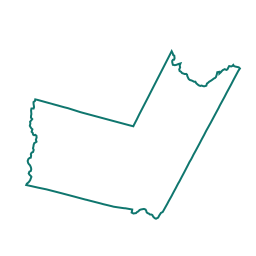 the district of São José dos Quatro Marcos, Mato Grosso, Brazil, rotated 11°
{"feature_id": "56859067B37097100035842", "entity_name": "São José dos Quatro Marcos", "entity_type": "district", "adm_level": 2, "iso_a3": "BRA", "parent_name": "Brazil", "parent_adm1": "Mato Grosso", "projection": "equal_earth", "projection_center": [-58.29, -15.532], "detail": "fine", "context": "isolated", "style": "outline", "palette": "teal", "viewbox_px": 256, "rotation_deg": 11, "n_neighbors": 0, "source": "geoboundaries", "source_scale": "gbopen_adm2", "svg_char_len": 2687}
<svg xmlns="http://www.w3.org/2000/svg" viewBox="0 0 256 256"><g transform="rotate(11 128 128)"><path d="M65.2,120.0L61.2,119.8L34.3,117.7L31.5,117.6L31.5,119.2L30.3,120.6L30.7,122.4L31.3,124.0L31.8,125.5L31.6,126.9L30.6,127.0L29.5,127.3L29.5,129.2L29.9,130.7L30.5,132.8L30.5,134.7L30.8,136.4L32.3,137.5L31.6,138.9L30.7,140.5L31.3,142.3L31.2,144.6L32.4,146.0L33.2,146.8L34.4,147.5L34.1,150.1L35.4,151.0L36.1,152.6L37.2,153.0L38.3,152.4L39.6,153.1L40.1,154.8L39.8,157.2L40.8,158.9L39.9,159.9L38.9,160.7L38.6,162.5L38.7,164.2L38.6,166.0L39.6,167.5L39.4,169.6L38.1,170.6L37.6,172.2L38.2,173.7L38.2,175.7L37.1,176.2L36.1,177.5L35.8,179.5L36.6,181.3L37.5,182.3L38.9,183.3L39.9,184.7L40.5,185.8L40.9,187.0L40.8,188.7L39.5,189.7L39.2,191.6L40.5,192.9L41.6,193.5L42.5,194.4L42.2,196.1L41.9,197.9L41.1,199.7L40.2,201.0L39.3,202.0L39.0,203.4L44.4,203.5L51.0,203.7L59.7,203.8L74.9,204.7L88.6,205.6L99.9,206.4L101.1,206.4L102.3,206.5L116.0,207.3L118.4,207.5L123.5,207.7L125.4,207.8L127.7,207.9L128.8,208.0L133.4,207.8L139.4,207.5L140.9,207.3L147.7,207.2L147.8,208.7L147.7,210.3L149.6,210.9L152.1,210.0L152.9,208.8L154.0,207.9L155.0,206.3L156.3,205.5L159.1,204.4L160.8,204.7L161.7,205.8L162.4,207.2L163.4,207.8L164.7,208.0L166.0,208.7L167.6,208.5L168.5,208.8L169.6,210.2L171.4,211.4L172.8,211.7L174.7,210.2L175.3,208.1L176.5,205.1L178.1,203.8L181.1,194.7L181.8,192.3L182.4,190.5L183.8,186.3L184.4,184.2L185.1,181.9L186.4,177.8L187.0,175.7L187.9,172.7L188.6,170.8L190.2,165.4L191.5,161.2L194.0,152.7L194.8,149.8L196.0,146.5L196.8,143.8L197.3,141.9L198.7,137.6L201.1,129.9L202.6,124.8L203.1,123.2L204.0,120.4L204.7,117.9L205.4,115.5L206.6,111.9L207.6,108.8L208.1,107.3L210.9,98.2L213.2,90.8L213.8,88.5L216.8,79.1L218.1,74.6L220.9,65.7L222.5,60.2L225.4,50.8L226.5,48.2L225.1,47.3L221.7,47.2L220.2,47.0L219.3,46.0L218.5,47.3L217.5,47.9L215.5,47.9L214.9,49.7L214.4,51.5L213.5,52.2L211.7,51.8L210.1,53.0L209.4,53.9L208.6,55.4L207.3,57.2L206.9,55.4L205.0,56.2L205.0,57.6L204.9,59.0L204.6,61.2L203.9,62.3L202.9,63.0L201.4,64.7L200.1,66.0L198.8,67.1L197.9,68.4L197.0,69.3L196.8,71.5L195.2,72.4L194.1,72.6L192.1,72.3L191.0,72.9L189.2,72.6L186.5,71.1L185.3,69.7L184.1,70.0L182.5,69.5L181.3,69.2L179.7,69.1L178.3,68.4L177.5,67.4L176.3,65.7L175.8,64.4L174.8,63.8L173.5,64.2L172.1,64.0L170.6,63.8L169.3,62.7L167.8,62.2L167.1,60.7L167.6,58.5L166.8,56.8L167.2,54.6L165.4,55.5L163.4,56.8L162.0,57.4L160.0,57.4L158.9,55.1L158.6,53.8L159.1,52.5L160.2,52.1L160.4,50.6L159.6,48.1L158.5,47.8L157.7,46.3L156.2,44.3L154.7,49.6L147.2,75.5L143.5,88.3L142.2,92.9L136.5,112.3L135.0,117.9L133.2,124.0L132.9,125.3L129.3,125.1L113.5,124.0L80.6,121.7L78.1,121.5L65.2,120.0Z" fill="none" stroke="#0f766e" stroke-width="2"/></g></svg>